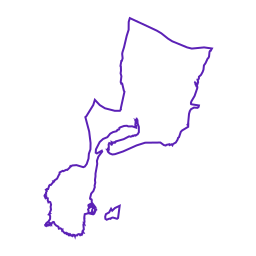 the district of Howth-Malahide Lea-7, Dublin, Ireland, rotated 92°
{"feature_id": "5873133B80891439467393", "entity_name": "Howth-Malahide Lea-7", "entity_type": "district", "adm_level": 2, "iso_a3": "IRL", "parent_name": "Ireland", "parent_adm1": "Dublin", "projection": "natural_earth1", "projection_center": [-6.109, 53.412], "detail": "fine", "context": "isolated", "style": "outline", "palette": "violet", "viewbox_px": 256, "rotation_deg": 92, "n_neighbors": 0, "source": "geoboundaries", "source_scale": "gbopen_adm2", "svg_char_len": 4769}
<svg xmlns="http://www.w3.org/2000/svg" viewBox="0 0 256 256"><g transform="rotate(92 128 128)"><path d="M118.6,171.0L132.8,166.7L144.3,164.9L150.6,164.8L155.1,166.2L160.0,166.4L165.4,168.0L168.0,169.8L168.7,171.3L166.9,178.2L167.4,182.4L168.4,183.7L168.1,184.2L169.5,184.8L172.0,187.2L171.9,188.2L173.4,191.1L173.1,191.8L174.8,194.8L176.7,194.9L177.4,195.5L181.1,197.1L183.0,199.7L184.0,199.9L184.0,200.8L184.4,200.6L187.6,203.1L187.5,203.9L188.2,204.7L191.8,205.7L191.8,206.9L192.6,207.9L193.8,206.9L195.3,207.7L196.7,207.5L197.3,208.5L198.7,209.1L200.5,208.2L199.8,207.7L200.4,207.5L200.0,207.2L200.7,207.1L201.1,205.7L203.1,205.7L204.9,205.0L204.4,204.5L204.8,203.1L207.3,202.2L209.4,202.6L212.3,202.1L216.7,203.7L217.1,204.3L217.0,203.7L217.3,204.0L217.5,203.4L218.8,202.7L221.6,202.7L223.9,204.0L226.3,206.6L227.1,206.5L227.7,207.4L228.3,207.3L228.7,206.6L227.7,206.3L228.4,206.1L227.7,206.0L227.5,205.2L228.4,205.1L228.0,203.6L226.2,203.3L226.9,202.8L225.7,202.7L226.0,201.8L226.7,202.0L227.3,201.3L226.5,201.3L225.1,200.3L224.5,199.5L224.7,198.7L226.3,198.1L227.9,196.5L229.1,194.1L231.0,193.6L230.6,191.9L231.7,190.5L232.6,190.3L232.2,189.9L233.1,189.8L235.3,187.6L234.9,186.5L236.2,185.7L236.6,183.4L237.3,183.3L237.3,183.0L236.8,183.3L236.9,182.7L236.3,183.1L236.7,182.3L236.2,182.1L237.9,180.0L236.6,179.2L236.7,178.3L237.4,178.3L237.3,177.4L237.8,177.2L237.2,177.1L237.1,175.1L236.3,174.8L235.7,173.3L236.8,172.1L236.2,171.5L236.7,171.4L236.0,171.2L236.4,170.5L235.4,170.0L233.5,169.9L233.8,169.0L232.5,169.7L230.8,168.6L226.4,169.2L226.2,168.8L224.9,168.9L225.2,168.5L224.1,168.9L224.5,168.5L223.3,168.2L219.4,168.6L220.2,168.1L218.8,168.6L215.6,168.2L214.6,164.6L215.5,159.8L214.8,158.8L211.0,157.3L210.4,156.2L210.4,158.2L211.1,157.9L214.5,159.2L215.0,160.0L214.9,160.5L214.2,160.7L210.5,161.0L212.8,161.0L214.5,162.4L213.9,164.6L212.1,164.5L210.9,165.1L209.6,164.4L208.5,162.9L208.1,163.1L207.5,162.1L208.1,161.1L208.9,160.7L208.5,160.1L207.0,161.6L208.2,164.0L208.0,164.5L206.9,164.9L206.2,164.7L205.4,162.9L204.4,162.7L205.3,162.7L205.4,161.5L208.0,158.7L209.0,159.3L208.3,157.9L203.6,161.7L201.2,161.7L200.5,162.1L200.4,163.1L199.6,163.5L194.8,162.5L192.2,160.4L188.2,159.1L186.8,159.4L183.8,158.8L181.1,159.2L177.5,158.8L174.8,158.9L165.0,157.5L161.9,157.9L157.6,156.6L152.5,153.0L151.6,153.4L154.5,158.2L153.8,159.4L150.5,159.3L143.0,155.8L139.8,152.5L137.9,148.3L134.3,145.6L132.6,142.8L131.6,139.3L130.1,138.4L130.0,137.2L129.1,136.6L128.3,136.7L127.6,135.8L126.1,132.0L125.8,129.2L126.4,127.8L126.2,123.8L127.4,119.8L125.5,119.9L125.5,120.6L124.9,120.8L123.9,120.8L123.2,120.3L122.9,121.5L122.9,120.4L121.1,120.5L121.6,119.9L121.1,119.8L120.4,120.8L119.9,120.4L120.3,119.7L119.9,120.1L120.0,119.7L119.0,119.6L119.5,119.1L120.3,119.4L119.6,119.1L120.0,118.9L120.6,119.4L120.5,118.8L123.2,118.5L126.6,117.2L131.8,117.0L134.4,118.4L133.9,118.2L135.3,120.1L134.9,120.7L135.9,122.6L135.5,122.9L136.6,124.9L136.3,126.6L139.3,131.9L141.7,139.3L140.7,139.6L141.7,139.3L143.2,140.6L142.6,141.3L143.3,142.2L143.0,143.0L143.8,143.0L144.3,143.2L146.0,144.2L144.7,143.8L143.8,143.0L143.3,143.2L142.8,143.9L143.9,143.8L144.3,144.6L143.7,146.2L145.2,146.8L147.9,146.5L148.8,146.6L151.1,146.3L149.6,146.7L151.0,146.8L150.9,147.4L151.4,146.9L150.8,147.6L148.0,146.5L150.2,147.9L150.9,147.8L152.7,147.0L154.1,145.3L155.0,142.7L154.6,140.1L151.6,132.1L145.1,118.8L142.1,110.4L141.4,95.1L143.8,91.6L144.2,89.7L143.5,89.0L142.8,86.1L143.6,85.8L142.8,83.9L143.7,83.0L142.6,82.6L140.8,79.7L137.8,78.0L136.3,77.7L135.4,76.7L130.0,75.1L128.6,73.9L124.7,67.9L122.5,67.9L123.4,69.1L121.8,68.1L111.7,67.5L108.9,66.8L108.2,66.3L108.3,65.9L108.1,66.3L107.0,65.7L105.3,62.8L105.4,59.2L104.5,58.2L103.0,57.9L102.1,65.2L101.9,65.8L100.8,66.0L99.2,65.6L93.7,62.6L88.2,60.9L88.3,60.4L88.0,60.8L85.4,60.1L84.4,60.2L84.1,61.0L83.0,61.4L82.7,61.1L82.2,62.0L81.5,62.1L82.2,61.5L81.5,61.6L79.7,63.1L80.5,62.0L82.3,61.2L82.4,60.3L79.7,59.5L77.3,60.2L77.2,59.5L76.1,58.9L74.3,58.9L72.4,56.9L69.2,55.3L67.0,54.6L62.8,54.3L60.5,52.8L55.8,50.8L55.2,50.1L53.8,49.5L49.1,49.2L48.1,48.7L48.0,48.1L45.6,46.9L44.8,54.8L46.4,67.0L45.4,71.7L39.8,86.8L37.3,91.1L32.2,98.0L29.7,102.6L18.1,130.0L18.7,130.2L22.0,131.0L29.8,130.8L35.9,132.5L47.5,134.8L52.6,136.2L54.2,136.4L58.5,135.8L61.1,136.5L61.2,137.0L66.3,137.7L66.6,137.3L71.0,137.0L73.6,137.3L76.5,136.4L82.3,136.9L83.8,136.3L83.5,135.8L84.0,135.3L91.0,133.4L91.8,132.8L108.7,135.9L109.5,135.7L111.1,136.7L111.3,141.7L109.1,151.7L106.1,157.0L101.0,162.1L106.2,163.5L117.8,170.1L118.6,171.0ZM218.5,141.6L218.0,140.0L219.1,135.8L218.3,134.8L206.0,133.6L208.4,138.2L211.2,140.9L209.3,142.1L213.0,143.9L214.9,147.1L217.5,147.7L219.6,147.4L220.4,146.1L219.2,143.4L219.4,142.3L218.5,141.6Z" fill="none" stroke="#5b21b6" stroke-width="2"/></g></svg>